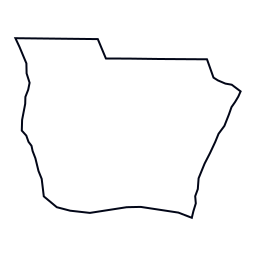 outline of Itaúna do Sul, Paraná, Brazil
{"feature_id": "56859067B85448512958769", "entity_name": "Itaúna do Sul", "entity_type": "district", "adm_level": 2, "iso_a3": "BRA", "parent_name": "Brazil", "parent_adm1": "Paraná", "projection": "robinson", "projection_center": [-52.897, -22.73], "detail": "fine", "context": "isolated", "style": "outline", "palette": "ink", "viewbox_px": 256, "rotation_deg": 0, "n_neighbors": 0, "source": "geoboundaries", "source_scale": "gbopen_adm2", "svg_char_len": 695}
<svg xmlns="http://www.w3.org/2000/svg" viewBox="0 0 256 256"><path d="M15.4,38.2L19.4,46.7L23.0,55.3L26.4,63.4L26.6,73.4L29.6,82.8L28.2,89.7L25.4,96.9L25.2,103.9L22.1,119.9L21.8,130.6L26.3,135.6L28.5,141.8L31.5,145.8L32.6,151.0L35.4,158.3L38.5,171.0L41.7,178.9L43.8,196.4L56.8,207.2L70.2,210.7L89.9,212.9L126.7,207.2L140.7,206.9L178.4,212.6L191.8,217.8L193.4,211.2L195.8,203.4L195.2,196.2L197.8,189.1L198.6,178.3L204.6,163.6L210.0,153.1L215.2,142.0L218.6,133.7L224.4,125.9L228.9,114.5L231.5,107.1L235.0,102.1L238.3,96.6L240.6,91.4L231.7,84.7L225.4,83.6L217.9,80.4L213.5,77.6L207.0,59.3L159.6,59.0L129.2,58.6L105.9,58.5L97.8,39.1L15.4,38.2Z" fill="none" stroke="#020617" stroke-width="2"/></svg>